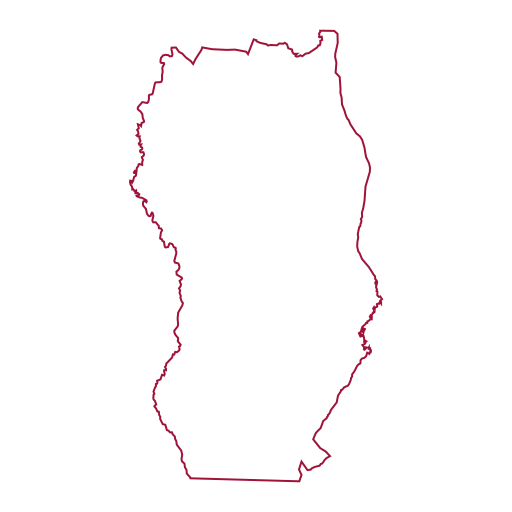 the district of Kibombo, Maniema, Democratic Republic of the Congo
{"feature_id": "63176286B11141066261470", "entity_name": "Kibombo", "entity_type": "district", "adm_level": 2, "iso_a3": "COD", "parent_name": "Democratic Republic of the Congo", "parent_adm1": "Maniema", "projection": "equal_earth", "projection_center": [25.538, -4.082], "detail": "fine", "context": "isolated", "style": "outline", "palette": "rose", "viewbox_px": 512, "rotation_deg": 0, "n_neighbors": 0, "source": "geoboundaries", "source_scale": "gbopen_adm2", "svg_char_len": 6033}
<svg xmlns="http://www.w3.org/2000/svg" viewBox="0 0 512 512"><path d="M171.6,47.7L171.4,49.2L172.5,54.5L171.9,56.1L169.8,56.4L168.4,55.2L165.5,54.8L163.1,55.4L161.2,57.6L160.6,59.5L160.5,62.2L161.2,62.9L163.8,63.0L164.2,64.1L162.7,66.6L162.3,68.2L162.7,71.7L162.0,75.2L162.1,79.6L161.5,81.5L160.8,82.1L155.7,82.4L155.0,83.1L152.7,93.4L151.9,94.4L149.4,94.8L148.9,95.4L148.9,99.5L148.3,101.8L147.2,103.0L142.3,102.1L138.0,107.1L137.7,108.7L138.1,109.6L140.7,111.7L142.4,114.2L142.7,117.7L144.1,121.2L143.7,122.2L141.6,122.9L141.1,126.0L140.4,125.2L137.9,124.3L138.8,128.2L137.1,129.9L138.1,131.4L138.5,133.9L136.6,135.5L137.8,136.4L139.7,136.3L139.5,138.3L140.5,141.1L138.8,143.7L139.2,144.6L141.2,144.4L140.5,145.7L140.5,146.7L142.1,147.5L142.3,148.6L141.9,149.5L140.2,150.3L140.1,151.5L140.7,152.4L143.4,152.2L144.0,154.0L143.8,155.4L141.8,157.1L142.9,159.9L142.2,162.0L142.2,164.9L139.3,164.0L138.7,164.3L138.3,166.0L136.8,168.0L136.5,171.4L135.0,170.7L133.9,172.3L134.1,173.0L136.0,173.2L136.3,173.8L135.8,175.8L134.1,176.9L133.1,180.9L132.2,182.5L131.4,180.9L130.2,180.6L130.0,182.1L130.6,184.6L132.1,186.8L132.3,189.5L133.3,189.2L134.6,191.3L136.1,190.4L136.3,191.3L135.6,193.1L137.8,193.0L139.3,194.3L138.9,195.1L136.5,195.6L136.7,196.2L139.4,197.4L142.0,197.8L146.3,200.2L146.7,201.3L146.4,202.2L144.9,201.1L144.1,200.9L143.2,201.7L142.9,203.9L143.2,205.6L145.9,208.9L147.0,213.7L148.2,215.5L149.4,216.2L150.6,216.0L151.4,213.3L152.0,212.6L152.6,213.0L153.4,215.8L152.4,219.9L152.5,221.1L153.3,222.4L155.7,222.2L158.8,226.0L158.9,228.2L161.1,228.6L162.1,230.3L160.9,232.5L160.1,238.2L160.5,238.9L161.9,239.3L162.4,240.9L163.9,241.6L164.8,246.8L165.8,247.5L168.2,246.9L169.2,243.9L169.9,243.3L172.3,244.1L173.9,247.3L175.5,247.7L175.8,248.4L175.5,249.7L176.3,251.9L176.3,253.3L174.3,260.9L175.0,262.6L177.8,263.2L178.8,264.2L179.5,266.7L179.2,268.5L178.4,269.9L176.4,271.7L176.7,274.6L181.6,277.5L182.1,278.3L181.6,279.3L179.6,280.9L181.0,284.5L180.5,286.4L179.0,288.4L180.2,290.6L179.5,292.7L180.8,296.0L180.4,297.8L181.6,301.3L182.9,303.1L182.4,305.2L178.2,312.6L177.6,318.3L178.1,324.3L177.7,326.4L174.3,330.7L174.4,332.5L175.4,334.8L178.2,338.1L177.8,341.2L180.6,344.7L180.1,346.0L179.0,346.6L179.6,349.1L179.2,350.4L177.0,352.2L175.2,351.9L174.2,354.6L172.9,354.4L172.1,357.5L166.3,363.6L166.0,365.6L165.0,367.0L166.1,369.0L166.0,370.3L164.2,370.2L164.0,371.0L164.7,373.9L164.2,375.5L162.0,374.8L160.5,379.4L157.1,380.8L157.4,382.6L157.0,383.7L155.9,384.0L155.9,386.5L155.1,387.3L153.5,391.6L154.4,393.8L153.6,394.5L153.3,398.2L153.6,399.4L155.1,401.2L156.2,404.5L154.7,405.7L154.4,406.5L156.1,408.5L157.4,411.5L158.8,411.7L159.2,415.0L160.3,416.9L160.1,418.8L162.7,424.1L165.3,424.8L166.9,430.1L168.6,430.7L169.9,432.3L172.0,432.3L172.5,434.0L174.9,436.7L175.1,438.9L176.3,441.1L176.8,444.7L181.3,450.7L182.2,454.8L181.5,459.0L181.9,461.2L184.5,463.7L184.9,467.1L186.5,469.9L186.8,473.6L190.3,477.5L190.4,478.3L299.3,481.3L301.5,474.9L299.0,469.5L301.5,461.6L307.5,470.1L310.8,469.6L311.8,468.3L314.8,466.9L319.6,465.7L320.7,464.0L321.9,463.7L322.9,462.7L324.5,460.1L326.4,458.2L330.0,456.1L325.8,451.6L320.2,448.1L313.2,439.3L315.9,432.9L320.7,428.0L323.2,421.0L326.7,418.2L326.9,417.1L327.8,416.2L328.0,414.9L328.8,414.4L330.5,411.5L330.6,410.4L336.7,402.4L338.0,395.7L340.8,391.4L341.0,390.1L342.1,389.8L344.2,387.3L347.9,385.7L349.1,384.0L350.7,380.1L351.1,377.9L352.0,376.8L352.2,374.2L354.1,371.8L357.1,366.0L358.4,364.5L360.4,363.4L360.6,360.1L362.0,358.5L364.3,357.9L366.1,356.3L367.2,352.7L369.3,353.9L369.7,352.3L370.6,352.4L371.0,351.1L370.7,349.8L370.2,349.8L370.0,348.5L369.5,348.6L369.8,348.1L368.9,347.9L368.9,347.3L368.6,347.8L365.5,347.3L364.8,348.7L365.3,349.0L364.4,349.7L363.9,349.4L364.2,347.4L362.4,345.0L364.9,343.9L365.6,342.4L364.2,342.1L364.2,340.7L365.4,340.7L364.2,339.9L364.0,337.4L363.1,335.9L363.4,335.6L363.0,335.1L362.7,335.5L362.9,334.7L362.2,335.4L361.8,335.0L361.9,336.1L360.9,336.4L361.0,335.4L360.4,335.6L360.3,334.4L359.7,333.9L359.5,334.5L358.9,333.1L360.8,331.9L361.4,329.9L361.9,331.6L362.9,332.0L364.8,329.6L364.8,328.9L364.0,328.8L363.1,330.1L362.6,326.6L365.5,324.1L365.9,323.1L367.3,322.9L367.4,321.4L369.1,320.6L370.2,319.3L371.7,319.3L371.8,317.3L370.7,317.8L369.8,316.8L370.5,315.4L371.2,316.1L372.0,314.5L372.7,313.9L373.0,314.3L372.5,313.6L372.9,312.7L373.9,311.9L374.0,312.5L374.4,312.2L374.1,311.3L374.6,311.2L374.6,309.9L373.7,309.4L373.2,308.6L373.4,308.1L373.8,307.5L374.1,309.1L374.6,309.1L375.5,307.3L377.1,306.7L377.3,305.9L376.8,304.2L377.2,303.8L379.4,303.7L379.9,303.0L379.7,302.7L380.6,302.4L381.1,303.2L381.1,302.0L380.4,301.2L380.0,301.5L380.1,300.8L382.0,299.2L380.2,296.4L378.9,296.9L377.3,295.4L377.4,291.6L376.5,291.0L377.0,289.7L376.0,287.1L376.4,285.4L375.2,283.1L375.6,282.0L376.0,282.1L376.9,283.4L377.2,282.0L376.6,280.5L375.3,279.2L375.0,276.2L374.0,275.2L368.9,267.1L362.0,259.0L359.5,253.0L358.2,251.2L357.2,246.6L357.4,242.0L358.2,237.5L357.8,233.9L359.0,228.1L359.3,226.9L360.2,226.3L360.6,223.5L361.2,222.7L361.4,220.3L360.8,219.1L362.2,216.9L361.9,212.9L363.3,207.9L364.5,200.9L365.5,186.6L369.8,171.9L370.0,167.7L369.1,163.5L366.0,156.9L364.4,147.3L362.1,139.7L359.9,136.3L356.3,133.4L350.4,124.3L348.6,120.0L347.4,118.8L346.0,115.8L344.5,110.7L342.0,104.4L341.6,97.5L340.4,93.0L340.5,88.4L339.7,77.0L335.6,72.7L336.4,62.8L335.1,56.9L335.3,53.6L337.7,43.0L337.5,33.8L334.2,30.9L320.2,30.7L320.2,32.0L319.1,33.5L319.4,35.3L319.0,36.8L319.9,37.3L321.7,36.7L322.2,39.9L320.3,40.8L320.5,43.1L319.7,45.4L318.3,45.4L317.2,47.4L308.8,53.1L305.5,53.7L302.3,56.2L300.3,55.3L298.7,56.3L296.8,56.6L295.6,56.2L295.4,55.2L297.0,53.8L293.6,53.8L292.1,51.3L292.3,50.4L292.0,49.5L288.3,48.3L287.0,44.3L284.8,42.8L283.4,43.7L279.2,43.5L277.1,45.3L270.7,45.0L267.8,45.5L266.5,44.2L260.6,43.0L257.2,41.6L256.4,41.0L256.4,40.2L253.7,39.4L248.0,54.1L246.2,51.7L235.0,49.6L227.0,49.9L212.0,49.2L202.2,47.4L201.4,50.0L195.5,59.1L193.1,64.0L190.8,61.1L185.8,57.4L182.3,53.6L179.1,52.0L175.9,47.5L171.6,47.7Z" fill="none" stroke="#9f1239" stroke-width="2"/></svg>